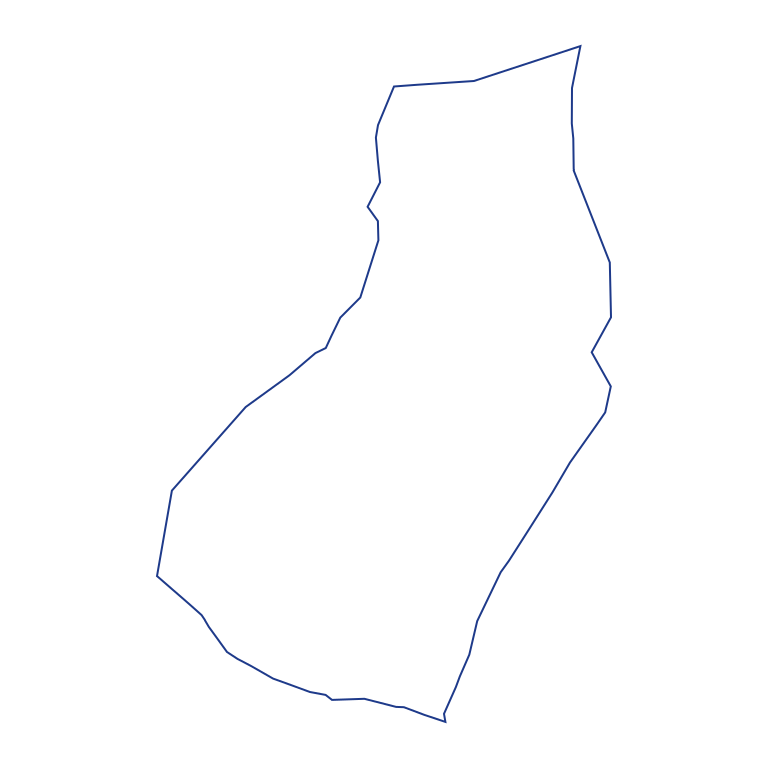 the district of Ongon, Sühbaatar, Mongolia
{"feature_id": "93677404B32966935897254", "entity_name": "Ongon", "entity_type": "district", "adm_level": 2, "iso_a3": "MNG", "parent_name": "Mongolia", "parent_adm1": "Sühbaatar", "projection": "natural_earth1", "projection_center": [112.987, 45.441], "detail": "fine", "context": "isolated", "style": "outline", "palette": "blue", "viewbox_px": 768, "rotation_deg": 0, "n_neighbors": 0, "source": "geoboundaries", "source_scale": "gbopen_adm2", "svg_char_len": 949}
<svg xmlns="http://www.w3.org/2000/svg" viewBox="0 0 768 768"><path d="M580.4,46.1L473.9,81.0L416.8,84.8L394.0,86.5L378.0,125.1L375.9,137.6L377.9,161.0L380.1,182.3L367.6,206.8L377.9,221.1L378.4,240.3L360.3,297.5L340.3,317.6L331.5,335.7L325.8,348.0L315.4,353.1L289.4,375.3L245.7,407.0L171.9,490.6L157.0,576.1L157.3,576.3L157.5,576.5L158.2,577.1L172.1,589.2L188.7,603.6L201.6,615.1L204.9,620.0L205.0,620.4L208.9,627.0L216.4,637.3L227.0,652.0L237.5,658.9L250.7,665.8L273.1,678.6L291.4,685.2L309.9,692.0L325.6,694.9L332.0,699.9L364.4,698.8L396.1,706.9L403.9,707.2L424.4,714.9L440.0,720.1L445.4,721.9L444.0,713.8L455.9,687.0L459.8,676.5L469.3,654.7L477.2,621.1L500.7,572.2L508.9,560.8L528.5,530.1L552.5,492.3L570.0,462.5L597.0,424.3L605.2,412.4L610.8,386.4L591.7,352.3L611.0,317.3L609.8,262.5L573.7,170.5L573.9,170.1L573.9,169.9L573.9,169.6L573.7,169.1L573.3,138.5L571.8,123.5L572.0,88.0L580.4,46.1Z" fill="none" stroke="#1e3a8a" stroke-width="2"/></svg>